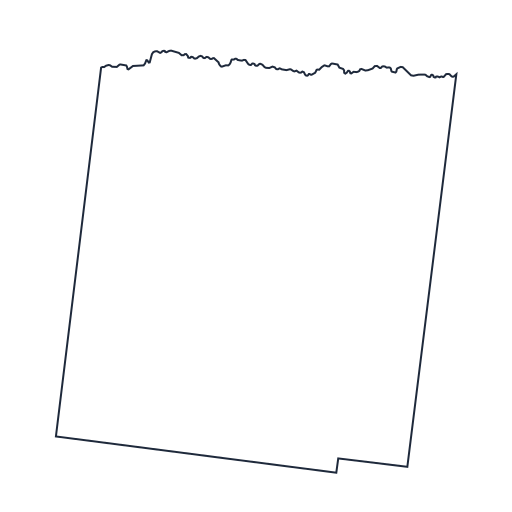 Traill, North Dakota, United States of America, rotated 277°
{"feature_id": "52423323B89415908777335", "entity_name": "Traill", "entity_type": "district", "adm_level": 2, "iso_a3": "USA", "parent_name": "United States of America", "parent_adm1": "North Dakota", "projection": "natural_earth1", "projection_center": [-96.868, 47.455], "detail": "fine", "context": "isolated", "style": "outline", "palette": "slate", "viewbox_px": 512, "rotation_deg": 277, "n_neighbors": 0, "source": "geoboundaries", "source_scale": "gbopen_adm2", "svg_char_len": 2730}
<svg xmlns="http://www.w3.org/2000/svg" viewBox="0 0 512 512"><g transform="rotate(277 256 256)"><path d="M65.2,431.9L460.8,432.7L458.2,430.4L457.9,429.6L457.9,428.8L458.5,427.7L460.0,425.9L460.1,424.5L459.7,422.6L456.6,420.4L456.4,419.8L456.8,418.5L456.7,417.9L455.7,416.3L456.1,415.5L456.3,413.8L455.9,412.8L455.1,412.5L455.0,411.6L455.4,410.5L456.8,409.9L457.4,408.5L456.9,407.7L455.1,407.1L454.7,406.3L455.3,403.9L456.5,402.2L456.6,401.0L455.8,395.2L454.1,390.4L454.2,387.9L461.3,378.6L461.3,376.5L459.4,373.4L458.6,373.0L456.1,372.8L455.1,372.1L455.5,368.5L456.0,367.9L458.6,366.9L459.3,365.9L459.4,365.1L458.9,362.7L459.8,360.8L459.8,359.0L459.3,358.0L457.8,356.9L457.7,355.9L459.4,353.0L458.9,350.7L456.3,348.9L454.1,344.6L453.4,342.0L454.5,337.9L454.0,336.6L452.3,336.0L451.5,335.0L450.8,333.5L450.7,330.4L448.8,328.3L448.9,327.4L450.6,326.6L451.2,325.6L451.0,324.8L449.0,323.7L447.9,322.4L448.6,321.2L451.0,320.8L452.3,319.6L453.1,315.8L456.0,313.7L456.3,309.0L456.3,307.9L455.6,306.9L453.2,305.5L453.0,303.9L453.6,300.9L453.4,300.4L451.5,298.2L448.6,296.0L448.6,294.6L448.2,293.5L445.1,292.4L442.7,289.1L442.6,288.4L443.2,286.9L443.1,286.3L441.6,285.5L441.2,284.9L441.2,283.7L442.0,282.6L444.2,281.2L444.7,279.5L443.5,278.3L443.3,277.2L443.4,276.2L444.9,273.6L443.9,271.7L444.1,270.5L445.5,267.8L445.5,266.9L444.2,263.6L444.4,258.8L445.0,257.3L445.1,256.4L444.1,255.2L443.9,254.1L444.2,253.0L445.5,251.7L446.0,249.3L444.2,246.3L444.0,243.0L444.5,241.5L446.6,239.1L447.3,237.0L447.1,236.0L445.1,234.3L444.9,233.6L444.9,232.5L445.2,231.8L446.4,231.1L446.7,229.7L446.6,228.9L444.9,227.6L444.9,226.8L445.2,225.5L445.8,224.7L449.2,221.7L449.2,220.4L449.1,219.9L448.2,218.3L448.2,216.2L448.4,213.8L449.2,212.9L449.4,212.0L449.2,211.2L448.3,210.1L448.1,208.1L447.6,207.7L444.9,207.2L443.0,206.4L441.8,205.3L441.6,202.8L439.8,199.1L439.8,198.3L440.9,196.9L442.4,195.7L443.6,195.3L447.3,190.1L447.0,189.0L446.2,188.1L446.0,186.6L447.4,184.5L447.6,183.0L447.5,182.5L446.2,181.1L446.1,180.2L446.3,179.5L447.5,178.3L447.9,176.6L447.0,174.9L445.2,173.3L444.5,171.7L444.5,170.7L445.6,169.2L445.9,167.9L445.7,167.2L444.8,166.8L444.5,165.4L444.7,164.5L446.0,164.1L447.9,162.1L447.7,160.8L446.5,159.7L446.2,157.7L448.2,154.7L449.5,146.7L449.0,144.9L447.3,142.3L447.5,141.0L448.3,140.6L448.5,139.7L447.9,138.1L446.7,137.3L445.9,136.1L447.2,132.8L446.8,130.9L445.8,129.2L443.7,128.1L435.2,126.9L434.9,126.0L436.9,124.3L437.1,123.7L437.0,123.3L433.5,122.4L431.5,121.2L429.6,110.7L425.7,106.7L425.9,105.7L428.2,104.8L429.3,104.0L429.6,98.1L429.3,97.2L426.7,94.8L426.3,90.1L427.5,87.9L427.6,86.4L426.6,84.0L425.0,82.2L424.9,80.5L424.1,79.3L52.5,79.4L50.7,362.1L65.1,362.3L65.2,431.9Z" fill="none" stroke="#1e293b" stroke-width="2"/></g></svg>